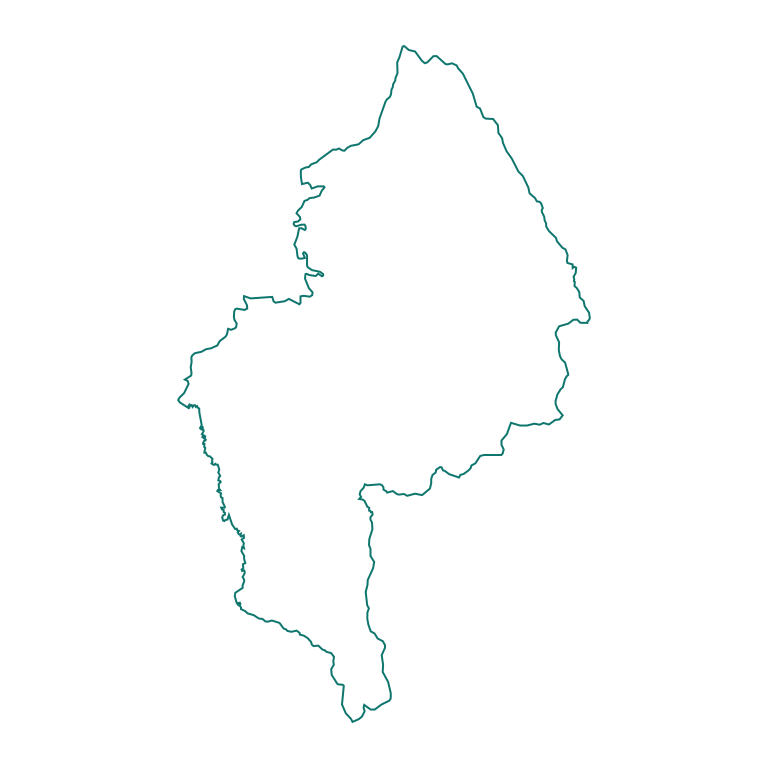 outline of Marinilla, Antioquia, Colombia
{"feature_id": "7082276B39269491534376", "entity_name": "Marinilla", "entity_type": "district", "adm_level": 2, "iso_a3": "COL", "parent_name": "Colombia", "parent_adm1": "Antioquia", "projection": "natural_earth1", "projection_center": [-75.307, 6.179], "detail": "fine", "context": "isolated", "style": "outline", "palette": "teal", "viewbox_px": 768, "rotation_deg": 0, "n_neighbors": 0, "source": "geoboundaries", "source_scale": "gbopen_adm2", "svg_char_len": 6100}
<svg xmlns="http://www.w3.org/2000/svg" viewBox="0 0 768 768"><path d="M304.5,200.9L301.8,206.9L298.0,210.6L296.5,213.3L299.9,216.9L300.3,219.4L298.0,221.5L294.2,222.1L293.6,223.8L294.5,225.6L296.2,226.3L301.4,224.7L304.5,224.6L305.5,226.1L305.8,228.7L304.8,230.0L301.5,228.2L299.1,228.4L297.4,236.7L294.3,244.7L296.6,248.7L297.5,256.3L298.5,258.4L301.4,258.7L304.9,257.9L303.0,253.4L304.0,252.2L305.0,252.5L306.8,254.7L307.1,256.3L307.0,265.2L307.7,267.2L312.0,270.1L320.0,271.8L323.1,274.1L323.2,275.5L322.0,276.3L318.2,273.7L315.7,276.0L309.0,275.0L306.8,273.8L305.5,274.1L305.0,278.5L308.9,288.2L312.6,292.4L312.2,295.1L309.8,296.7L303.6,295.8L300.5,296.4L300.5,303.0L299.4,304.3L288.9,298.9L284.9,301.2L275.4,302.7L273.6,301.3L272.2,296.9L250.6,298.4L244.1,296.1L243.8,298.9L247.0,305.3L247.2,308.6L244.5,309.9L236.6,308.6L235.2,309.3L234.2,311.5L233.9,317.2L234.5,319.9L236.7,323.6L236.1,327.1L235.0,328.3L231.0,329.8L228.1,328.8L227.0,334.2L225.6,336.6L219.7,341.1L217.3,345.5L211.0,348.3L206.1,349.2L201.4,351.8L194.9,353.2L192.3,355.4L191.4,357.2L191.6,362.2L190.7,367.3L191.5,372.9L191.2,375.5L184.9,379.6L187.6,380.9L188.6,383.9L184.1,393.1L179.5,397.6L178.2,400.0L179.8,402.4L188.8,408.2L189.3,407.7L188.5,405.9L189.6,404.5L190.8,405.8L191.7,405.1L192.6,407.0L194.1,405.2L195.1,405.3L195.9,406.9L197.1,406.1L197.7,407.7L199.2,408.5L199.3,412.2L201.7,425.2L200.0,428.1L200.9,429.0L201.9,426.7L202.8,427.2L202.7,429.8L203.6,430.2L203.6,431.3L201.9,434.3L205.2,436.3L205.0,437.1L202.8,436.4L202.4,437.1L205.7,439.5L205.5,440.5L204.1,440.8L203.0,443.3L203.2,444.0L204.4,444.0L204.2,446.9L205.3,447.9L204.3,452.6L206.0,452.7L206.6,454.5L208.2,456.1L210.0,456.4L212.5,458.9L212.0,460.4L212.5,462.0L211.5,463.5L213.7,464.9L215.4,463.8L216.0,464.7L217.8,464.7L219.3,469.8L218.3,472.4L220.2,476.0L218.9,477.3L218.4,480.5L220.2,481.1L220.7,482.0L218.7,484.1L219.0,488.7L220.2,490.1L217.8,490.1L217.3,491.1L221.1,493.4L220.6,495.1L221.0,497.3L222.5,498.0L222.6,502.1L224.9,506.9L224.4,507.8L221.2,507.6L222.0,509.4L223.7,510.3L223.6,511.9L224.9,512.9L225.0,514.5L223.1,515.4L222.2,517.2L223.1,520.6L224.3,521.1L225.2,520.1L227.5,519.5L228.9,514.9L232.1,524.5L235.2,529.0L236.8,528.7L237.2,530.1L239.0,531.0L237.7,532.2L238.7,534.1L239.7,534.6L240.8,533.8L240.5,535.9L241.3,536.6L243.7,535.2L244.0,537.9L241.7,539.5L243.8,543.2L243.4,545.6L244.0,548.2L242.2,547.2L241.4,551.1L244.2,555.9L244.1,558.9L245.3,563.1L242.9,564.2L243.3,568.2L241.6,569.5L242.1,570.9L244.1,570.4L244.6,571.1L244.6,573.5L242.6,577.0L244.1,579.5L244.2,581.2L242.5,585.8L242.7,587.8L235.3,592.8L234.8,596.3L236.8,603.2L238.1,604.7L238.5,603.0L239.8,602.7L240.4,603.9L239.7,605.5L241.0,607.5L241.0,609.1L245.2,611.1L247.6,613.4L253.6,615.1L258.9,618.5L262.6,619.0L265.5,621.5L268.3,621.6L271.8,620.5L279.5,622.9L283.6,628.5L286.0,629.4L287.4,630.9L291.4,631.8L296.6,630.6L299.6,632.9L299.9,634.6L303.9,635.7L307.6,638.1L311.0,641.8L311.8,644.5L313.5,646.1L318.3,645.6L322.5,649.6L324.7,650.2L326.4,651.8L331.2,653.1L334.0,656.9L333.3,661.2L333.8,664.7L331.2,669.1L331.7,674.9L337.1,683.5L338.0,684.3L342.7,684.8L343.8,685.8L342.0,704.5L345.8,713.3L351.1,719.0L352.5,721.9L358.7,719.2L361.9,716.7L364.6,711.3L363.6,707.5L364.2,704.9L370.6,709.5L374.8,709.5L381.5,704.5L389.4,700.6L390.5,698.9L390.8,696.5L390.7,692.9L388.1,681.9L382.7,672.0L383.1,664.9L381.7,655.1L385.0,647.8L384.9,644.9L382.8,641.2L377.6,638.5L374.6,633.5L370.7,631.3L368.4,624.7L367.3,618.9L367.4,612.5L368.9,608.3L367.2,605.3L365.7,592.0L367.5,584.9L367.7,580.1L373.1,568.2L374.2,562.0L370.5,556.0L370.5,548.9L369.0,545.1L369.3,539.1L372.4,529.3L372.0,522.5L370.5,519.6L370.4,517.3L372.6,514.6L372.2,512.1L370.8,512.2L370.3,510.9L369.1,510.6L369.2,507.8L367.4,506.8L364.4,500.7L362.5,499.5L359.2,499.0L361.1,496.9L359.7,494.5L360.5,491.2L363.6,487.8L364.9,484.3L367.4,485.3L380.0,484.3L382.1,485.3L383.4,487.2L383.5,489.6L386.4,491.3L387.1,492.6L392.9,491.1L397.0,494.1L398.8,494.6L404.0,494.0L407.2,495.8L415.0,493.7L422.1,495.1L429.9,488.6L431.2,483.3L431.2,479.0L432.5,475.0L435.6,472.6L436.2,469.7L440.0,467.1L441.6,467.3L443.0,470.4L444.8,470.9L449.2,474.2L459.0,477.5L460.4,474.9L463.6,474.0L468.7,470.3L470.6,468.2L471.4,465.5L475.3,463.4L480.3,455.9L484.1,455.0L501.4,455.0L502.7,453.4L503.7,449.5L501.5,444.9L501.5,440.5L506.9,434.1L511.0,422.8L519.9,425.5L527.2,425.5L534.2,423.7L539.7,424.7L543.5,423.0L548.9,424.5L555.2,420.0L559.5,419.4L562.7,415.4L557.6,409.2L555.7,404.3L555.5,401.2L557.5,394.2L560.7,389.2L562.9,387.2L564.9,379.4L566.6,376.3L568.2,375.0L568.2,374.0L565.1,362.6L561.6,359.3L560.0,356.2L558.8,350.1L559.1,342.2L555.9,335.4L555.7,332.6L559.1,326.3L568.4,323.6L573.3,319.8L577.1,319.6L580.4,322.8L587.4,322.9L587.5,321.5L589.4,319.5L589.8,317.8L589.0,312.6L584.7,306.2L583.6,300.9L579.7,297.4L579.3,292.1L576.7,287.9L574.5,286.1L574.8,281.9L573.9,281.1L574.3,279.6L573.6,276.7L575.7,273.0L576.2,267.7L574.1,266.8L572.7,268.0L572.6,264.4L567.5,263.0L566.9,261.1L567.6,255.2L565.5,249.4L562.6,247.9L561.0,246.1L557.0,241.3L556.0,237.9L549.0,231.1L546.2,226.5L546.1,223.5L544.6,220.2L544.2,216.7L541.8,211.8L541.8,209.9L542.8,208.0L541.0,203.2L539.6,201.8L536.9,201.4L534.9,197.9L529.6,193.4L528.3,187.4L522.9,176.1L518.4,171.5L511.8,158.6L506.6,151.3L502.9,142.7L502.1,138.2L498.4,132.9L497.9,125.2L493.1,119.0L485.7,118.6L483.4,117.1L480.0,108.5L476.7,106.7L472.8,93.6L462.9,73.7L458.2,68.4L456.6,65.4L452.0,63.3L447.6,64.4L445.4,64.0L436.7,56.1L433.5,56.1L427.3,62.4L424.8,63.2L421.9,60.8L415.1,51.5L408.8,50.0L404.3,46.1L402.6,46.6L399.4,57.4L397.2,62.3L397.5,73.2L395.5,77.9L395.2,80.7L393.1,84.3L392.8,87.2L391.5,89.5L391.0,94.3L389.9,96.9L386.8,99.5L385.5,101.7L379.5,118.6L378.2,126.2L375.3,131.5L369.7,137.8L363.2,140.2L358.6,144.3L350.9,145.8L347.3,147.8L344.5,150.7L342.5,150.5L339.0,148.5L336.2,149.7L332.9,149.6L319.2,159.7L316.8,162.2L311.1,164.4L308.9,166.9L305.2,167.6L301.3,169.5L300.8,170.8L300.9,176.9L302.0,184.1L307.8,182.7L310.1,184.9L311.7,188.5L317.9,186.3L323.9,186.4L324.5,187.3L321.6,191.0L319.5,195.7L313.9,197.6L309.6,198.1L307.4,199.9L304.5,200.9Z" fill="none" stroke="#0f766e" stroke-width="2"/></svg>